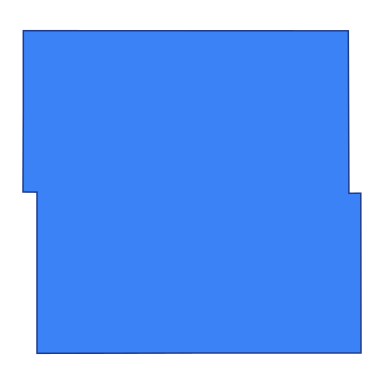 Black Hawk, Iowa, United States of America
{"feature_id": "52423323B64138679550373", "entity_name": "Black Hawk", "entity_type": "district", "adm_level": 2, "iso_a3": "USA", "parent_name": "United States of America", "parent_adm1": "Iowa", "projection": "orthographic", "projection_center": [-92.335, 42.47], "detail": "fine", "context": "isolated", "style": "filled", "palette": "blue", "viewbox_px": 384, "rotation_deg": 0, "n_neighbors": 0, "source": "geoboundaries", "source_scale": "gbopen_adm2", "svg_char_len": 280}
<svg xmlns="http://www.w3.org/2000/svg" viewBox="0 0 384 384"><path d="M23.3,111.4L23.0,192.0L37.0,192.1L37.0,353.3L117.6,353.2L199.2,353.0L361.0,353.0L361.0,351.2L360.8,193.2L348.9,193.3L348.3,30.8L23.3,30.7L23.3,111.4Z" fill="#3b82f6" stroke="#1e3a8a" stroke-width="1.5"/></svg>